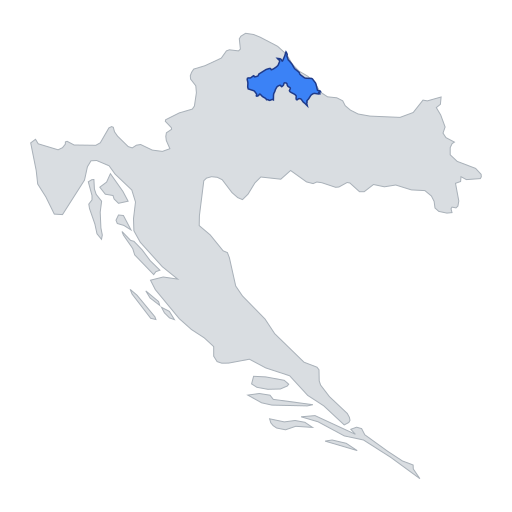 where Koprivničko-Križevačka sits in Croatia
{"feature_id": "HRV-1608", "entity_name": "Koprivničko-Križevačka", "entity_type": "County", "adm_level": 1, "iso_a3": "HRV", "parent_name": "Croatia", "parent_adm1": "", "projection": "albers", "projection_center": [16.81, 46.118], "detail": "fine", "context": "in_parent", "style": "filled", "palette": "blue", "viewbox_px": 512, "rotation_deg": 0, "n_neighbors": 0, "source": "natural_earth", "source_scale": "10m", "svg_char_len": 6018}
<svg xmlns="http://www.w3.org/2000/svg" viewBox="0 0 512 512"><path d="M35.5,139.3L38.2,143.8L58.1,149.8L62.5,147.7L65.3,144.2L65.4,141.9L67.1,141.3L74.1,145.0L95.8,145.3L100.3,142.8L108.9,127.9L111.6,126.6L113.3,127.3L114.5,131.8L117.5,136.1L128.2,146.6L132.3,147.9L136.4,145.2L140.6,144.5L152.3,150.1L162.4,151.4L169.9,148.7L166.3,140.5L165.8,136.4L166.4,132.8L171.6,129.3L171.4,127.7L165.3,121.3L165.7,119.7L179.3,112.9L192.3,109.1L194.4,106.1L196.4,92.8L195.8,85.8L190.6,79.1L190.3,75.7L191.6,72.3L193.7,69.1L205.0,65.7L221.3,58.1L226.4,50.9L229.4,49.8L238.5,50.9L240.4,49.1L239.3,38.8L240.9,36.2L245.6,33.3L253.6,34.5L260.2,37.2L277.6,46.3L286.9,54.7L292.1,64.0L299.1,71.2L307.9,76.3L315.0,83.2L320.2,92.0L327.5,96.8L336.8,97.8L342.7,100.8L345.2,105.7L350.4,110.1L358.1,114.0L370.0,116.1L400.0,117.4L413.2,112.5L423.0,100.1L427.3,100.9L441.1,97.0L440.4,104.3L436.3,107.6L440.7,115.0L445.1,127.0L443.0,133.1L445.9,137.6L454.4,142.1L452.1,143.6L450.2,147.6L450.2,154.8L457.2,161.4L475.6,168.4L481.1,174.3L481.3,176.8L480.3,178.6L466.4,179.6L461.0,176.7L460.6,181.5L455.5,183.3L458.8,201.0L457.9,206.1L456.0,207.9L452.0,207.1L451.0,208.8L452.0,212.6L446.9,213.1L438.8,211.4L435.0,208.0L434.1,201.3L431.4,196.0L424.9,190.6L411.4,189.9L395.7,185.0L384.4,186.8L373.5,184.5L364.2,191.7L359.5,191.7L349.9,183.0L347.1,182.5L338.9,187.0L335.6,187.3L321.8,182.7L316.8,182.0L313.1,183.6L306.5,181.9L290.6,170.5L280.8,179.2L260.8,177.0L254.9,182.9L248.0,194.2L242.5,199.6L237.7,197.6L232.0,192.6L222.2,179.7L217.3,177.3L211.5,176.7L206.5,178.1L203.8,180.7L199.4,215.7L199.2,225.6L210.2,234.9L223.1,250.8L227.4,252.6L229.4,257.8L235.7,286.0L242.4,295.9L265.0,319.0L274.7,333.7L304.0,362.2L317.0,367.2L319.0,369.8L319.2,380.9L320.6,385.1L329.4,396.6L347.3,413.5L349.4,417.4L350.0,420.3L348.8,422.5L344.2,424.9L323.7,405.8L307.7,395.4L289.7,375.8L265.7,367.9L249.4,359.2L228.6,363.1L221.8,363.2L217.1,361.6L213.7,356.2L213.7,346.6L204.3,337.9L191.4,329.5L179.3,318.7L155.3,289.6L150.5,280.2L163.2,277.0L177.7,279.1L162.3,266.7L140.3,242.3L133.9,230.8L133.5,218.7L135.5,202.0L131.8,190.0L115.1,174.1L109.1,165.8L96.6,160.5L91.0,160.8L87.4,166.8L84.5,180.1L62.5,214.6L54.3,214.1L45.9,197.0L37.7,184.0L36.2,170.5L30.7,142.9L35.5,139.3ZM413.1,465.0L413.3,469.0L419.9,478.7L390.8,457.4L363.5,440.0L344.3,435.9L318.1,421.8L301.1,416.8L315.0,415.6L355.4,434.3L350.8,429.3L356.6,427.2L361.6,428.6L364.8,434.8L387.7,451.3L402.3,460.9L413.1,465.0ZM102.3,235.1L101.5,239.3L97.0,233.8L94.9,224.1L89.5,208.5L88.8,204.1L92.0,199.9L92.0,195.5L88.3,181.8L91.8,179.7L93.9,179.5L94.4,189.0L96.2,194.4L101.6,201.2L100.2,212.2L100.9,227.9L102.3,235.1ZM128.1,201.2L118.5,203.3L114.1,199.0L113.0,195.5L105.3,194.2L99.8,187.2L106.6,182.1L110.4,173.7L122.9,191.4L128.1,201.2ZM280.3,389.0L267.8,389.3L256.9,387.3L251.6,383.9L253.6,376.3L265.7,376.9L284.2,380.3L288.7,384.2L287.3,386.0L280.3,389.0ZM312.9,404.7L307.3,405.9L271.9,405.1L261.6,402.8L247.8,395.1L259.3,393.5L270.0,395.2L273.3,399.4L312.9,404.7ZM155.8,271.7L153.7,274.6L134.7,254.9L132.7,248.5L123.4,235.1L122.0,231.5L130.6,240.4L133.9,241.3L142.1,249.8L150.2,260.7L159.9,270.2L155.8,271.7ZM269.6,418.8L284.3,421.9L295.1,420.5L304.9,422.3L312.5,427.4L295.7,426.3L285.5,429.8L276.6,428.0L273.2,425.7L270.8,422.8L269.6,418.8ZM154.9,316.8L155.9,319.5L150.7,318.3L132.1,294.1L130.2,289.4L136.9,295.1L154.9,316.8ZM123.4,215.5L131.0,229.9L123.8,225.4L117.3,223.5L116.0,220.2L118.5,215.0L123.4,215.5ZM346.2,443.3L357.2,450.6L325.1,441.1L332.1,440.0L346.2,443.3ZM169.4,311.4L174.4,319.6L169.5,317.9L164.4,312.8L161.5,307.3L169.4,311.4ZM158.6,301.6L159.7,305.4L150.1,298.0L145.8,290.9L158.6,301.6Z" fill="#d9dde1" stroke="#a8b0b8" stroke-width="1"/><path d="M287.5,57.7L288.2,59.8L288.8,60.5L289.3,60.9L292.1,64.3L294.0,67.7L294.7,68.7L298.7,72.0L299.4,72.8L299.7,74.0L300.6,74.9L304.3,77.7L305.4,78.2L311.5,78.4L312.4,78.9L315.4,82.8L315.9,83.9L316.8,87.4L317.0,88.4L317.5,90.3L318.7,90.7L320.0,90.9L320.6,91.8L320.1,91.9L319.1,92.4L318.6,92.5L318.6,93.2L319.8,93.6L319.9,93.8L319.3,93.9L318.6,94.0L314.6,93.4L313.9,93.5L313.1,93.7L311.7,94.6L311.3,94.9L310.8,95.4L308.6,98.9L307.4,100.2L306.9,100.8L306.8,101.3L307.1,101.8L307.1,102.1L306.8,102.9L306.7,103.2L306.8,103.8L307.3,105.8L304.7,103.2L303.6,102.4L303.2,102.0L302.8,101.5L301.7,99.9L301.1,99.2L300.5,98.8L299.5,98.6L298.9,98.7L298.4,98.8L297.2,99.8L296.7,99.8L296.4,99.6L296.1,98.8L296.1,97.9L296.2,96.8L296.2,95.9L295.4,94.9L294.1,94.0L291.0,92.4L289.9,91.6L289.4,90.7L290.3,88.6L290.3,88.1L290.1,87.7L289.7,87.4L288.4,86.7L287.9,86.3L287.6,85.8L287.3,85.3L287.2,85.0L287.1,84.6L287.0,83.9L286.8,83.5L286.5,83.2L286.0,83.0L285.4,82.9L284.9,82.8L284.5,82.8L284.1,83.1L283.8,83.8L283.6,84.9L283.4,85.2L283.1,85.5L282.4,86.2L282.2,86.4L281.9,86.6L281.6,86.7L281.0,86.2L280.8,85.6L280.3,85.3L279.7,85.3L278.3,85.9L277.1,86.7L276.3,88.0L275.4,89.6L274.8,91.5L273.7,93.7L273.5,95.4L273.4,99.9L272.3,99.4L270.0,100.3L269.5,100.4L269.0,100.3L268.7,100.0L268.0,99.6L267.6,99.6L266.9,99.8L266.6,99.8L266.4,99.6L266.3,99.3L266.0,98.9L265.6,98.4L262.7,96.7L262.2,96.3L260.3,94.3L259.9,94.1L259.6,94.1L259.4,94.3L259.2,94.5L259.0,94.8L258.8,95.3L258.5,95.5L257.9,95.9L256.9,96.2L256.5,96.1L256.3,95.9L256.4,95.2L256.6,94.7L256.7,94.4L256.6,94.2L256.4,93.7L255.8,93.0L254.5,91.2L253.7,90.7L248.2,88.9L247.7,87.0L247.9,83.0L247.7,81.7L247.2,79.6L247.3,78.8L247.5,78.2L248.7,77.9L248.9,77.9L250.0,78.0L250.4,77.9L250.7,77.8L253.4,75.8L253.7,75.7L253.8,75.8L254.0,75.9L254.1,76.4L254.3,76.7L254.5,76.8L254.8,76.9L256.8,76.4L257.7,76.1L258.2,75.6L258.4,75.1L258.7,74.4L258.9,74.0L266.1,69.5L268.9,68.6L270.1,68.4L270.5,68.6L270.8,68.9L271.0,69.6L271.3,69.8L272.2,69.5L273.6,68.8L276.4,66.9L277.7,65.7L278.3,64.8L278.8,63.4L279.3,62.4L279.5,61.8L279.6,61.2L279.5,60.7L279.4,60.4L279.3,60.1L279.1,60.0L278.4,59.5L277.4,58.4L279.9,58.7L280.9,59.2L281.2,59.6L281.6,60.3L282.2,61.1L282.4,61.0L282.7,60.7L284.9,55.5L285.0,55.3L285.1,54.7L285.7,52.7L286.0,51.9L286.4,52.5L287.2,54.3L286.9,56.0L287.5,57.7Z" fill="#3b82f6" stroke="#1e3a8a" stroke-width="1.5"/></svg>